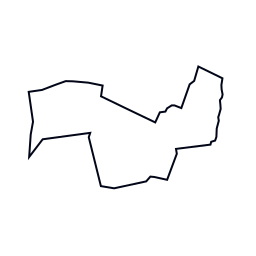 Shaykhantokhur, Tashkent, Uzbekistan, rotated 348°
{"feature_id": "79887680B36749064688690", "entity_name": "Shaykhantokhur", "entity_type": "district", "adm_level": 2, "iso_a3": "UZB", "parent_name": "Uzbekistan", "parent_adm1": "Tashkent", "projection": "orthographic", "projection_center": [69.2, 41.291], "detail": "fine", "context": "isolated", "style": "outline", "palette": "ink", "viewbox_px": 256, "rotation_deg": 348, "n_neighbors": 0, "source": "geoboundaries", "source_scale": "gbopen_adm2", "svg_char_len": 752}
<svg xmlns="http://www.w3.org/2000/svg" viewBox="0 0 256 256"><g transform="rotate(348 128 128)"><path d="M31.5,114.1L25.3,135.8L42.2,121.3L90.0,124.9L87.7,128.9L89.4,179.2L101.9,184.1L134.7,184.0L139.8,180.2L143.6,181.4L155.5,186.8L170.4,163.3L170.6,158.4L205.2,161.4L206.5,158.8L210.6,158.4L212.6,155.1L214.7,146.9L218.3,139.8L218.5,136.2L219.8,134.0L222.6,128.6L223.2,124.5L223.7,119.9L226.3,117.6L227.5,114.8L227.6,109.7L228.3,105.3L229.4,102.5L230.7,99.0L209.6,82.5L202.5,95.7L197.4,98.1L184.3,119.6L178.2,115.6L175.4,115.0L170.3,116.9L168.0,119.7L162.4,119.3L155.8,128.2L130.5,108.7L108.2,91.4L112.0,81.2L98.6,75.4L83.9,70.9L76.8,69.2L65.8,70.7L51.8,72.9L38.4,72.0L36.4,102.1L31.5,114.1Z" fill="none" stroke="#020617" stroke-width="2"/></g></svg>